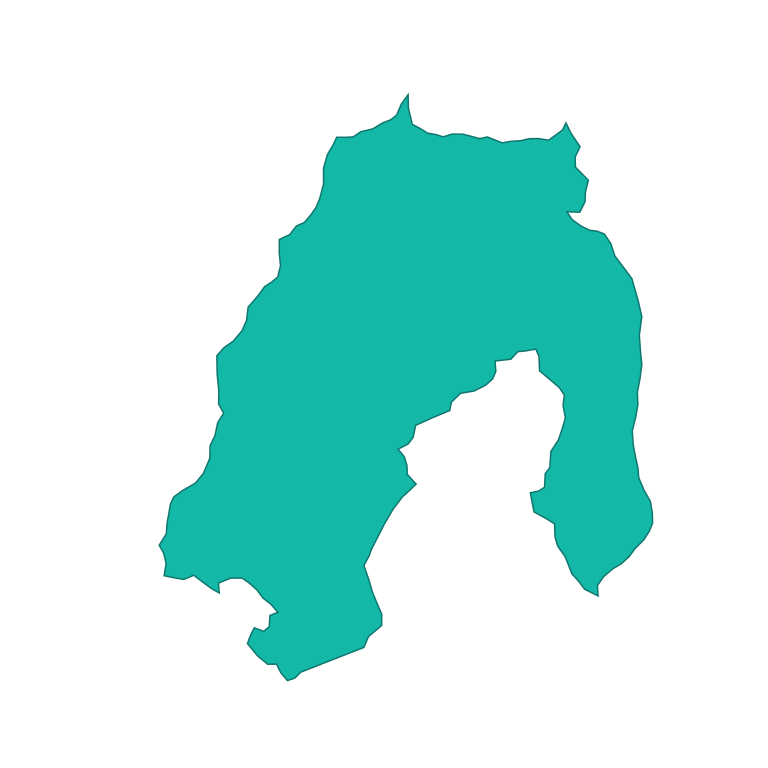 Américo de Campos, São Paulo, Brazil, rotated 162°
{"feature_id": "56859067B63814258385512", "entity_name": "Américo de Campos", "entity_type": "district", "adm_level": 2, "iso_a3": "BRA", "parent_name": "Brazil", "parent_adm1": "São Paulo", "projection": "robinson", "projection_center": [-49.77, -20.289], "detail": "fine", "context": "isolated", "style": "filled", "palette": "teal", "viewbox_px": 768, "rotation_deg": 162, "n_neighbors": 0, "source": "geoboundaries", "source_scale": "gbopen_adm2", "svg_char_len": 2655}
<svg xmlns="http://www.w3.org/2000/svg" viewBox="0 0 768 768"><g transform="rotate(162 384 384)"><path d="M271.7,651.7L281.1,644.8L288.8,635.9L296.0,633.2L304.2,632.8L315.9,630.1L328.2,631.1L336.9,628.5L344.7,630.6L352.7,633.3L358.1,627.5L366.7,619.9L374.8,608.1L379.7,592.8L387.7,580.4L393.8,573.2L401.1,567.6L409.9,562.2L418.4,561.4L427.5,555.2L438.9,553.8L443.1,541.1L445.9,528.4L452.0,518.6L459.2,515.7L467.4,513.5L477.2,506.4L489.4,499.2L495.1,486.9L502.5,478.6L514.0,471.4L525.0,468.0L534.2,462.6L539.6,445.0L543.3,428.0L547.5,416.1L545.5,405.8L554.0,398.8L560.6,387.3L568.5,379.0L572.6,367.2L583.4,354.8L593.8,348.1L609.4,344.7L618.7,341.6L624.3,335.7L628.2,328.2L633.1,319.1L637.3,308.8L647.6,300.2L645.8,290.9L646.8,280.3L652.3,269.6L643.4,264.5L634.8,260.0L624.0,260.9L617.9,252.0L610.9,242.3L605.3,236.2L602.9,245.8L589.6,246.8L578.9,243.2L573.9,236.7L568.5,227.4L565.2,217.6L559.7,209.7L555.5,199.6L563.9,199.2L568.2,188.6L574.8,186.0L582.7,192.2L588.5,186.4L594.1,179.3L588.0,164.0L581.2,153.4L572.8,150.8L571.3,141.0L567.5,131.8L559.9,131.8L552.1,135.7L484.5,139.7L476.8,148.6L469.6,151.5L460.8,155.1L457.3,165.8L458.5,178.5L459.3,190.0L458.9,201.8L459.2,217.6L451.6,224.8L446.7,231.0L437.0,240.6L427.5,250.2L421.8,255.2L414.1,262.1L401.3,271.0L394.3,274.1L384.4,278.9L389.8,290.9L387.4,299.2L387.1,308.4L390.8,317.7L379.8,319.4L372.8,324.2L366.7,334.9L349.9,336.8L329.6,338.5L325.5,345.9L314.0,351.5L300.3,349.5L287.6,351.5L279.2,355.2L273.8,361.3L271.3,371.5L255.6,368.4L246.7,373.4L239.6,371.8L228.8,370.3L228.1,362.2L232.0,348.5L218.4,326.5L215.9,317.7L220.3,308.4L222.0,295.7L227.3,287.8L235.4,276.9L246.1,268.3L252.1,253.3L258.3,249.0L263.2,236.2L270.1,234.4L278.4,235.3L279.6,226.5L280.8,215.9L271.3,205.8L265.0,198.2L268.6,185.8L268.9,176.2L265.0,163.5L264.0,145.5L259.8,136.2L256.7,126.9L245.9,116.3L243.3,126.4L234.5,133.0L223.4,137.6L213.9,139.7L204.2,144.1L196.3,149.8L184.9,155.6L177.1,162.1L171.5,168.8L168.8,177.9L166.9,190.0L169.5,202.7L170.7,215.9L168.4,226.0L167.3,237.5L165.7,249.4L162.4,262.6L154.7,275.0L148.9,286.0L145.6,297.8L139.0,309.8L132.9,322.5L130.3,334.4L126.1,351.5L118.0,368.4L116.6,383.8L116.1,396.2L115.7,407.7L121.0,423.2L124.9,434.5L124.9,447.4L128.0,458.4L134.1,463.5L140.8,466.6L147.4,472.9L154.2,482.0L156.9,491.3L144.7,486.9L136.4,495.3L133.3,504.0L126.7,514.7L134.9,531.0L132.1,540.8L124.2,549.0L128.6,564.5L130.3,576.0L135.9,570.3L152.0,565.0L161.6,569.8L169.9,572.4L179.1,573.2L187.9,575.5L197.1,576.8L209.3,587.0L217.1,587.8L231.5,597.1L242.1,600.7L251.3,600.7L257.6,605.2L265.0,609.1L270.5,615.6L276.9,622.3L275.5,639.0L271.7,651.7Z" fill="#14b8a6" stroke="#0f766e" stroke-width="1.5"/></g></svg>